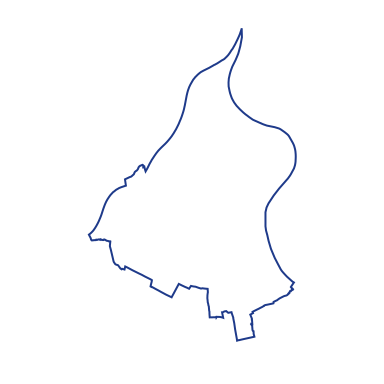 outline of Lingewaard, Gelderland, Netherlands, rotated 261°
{"feature_id": "6326949B2884966550009", "entity_name": "Lingewaard", "entity_type": "district", "adm_level": 2, "iso_a3": "NLD", "parent_name": "Netherlands", "parent_adm1": "Gelderland", "projection": "equal_earth", "projection_center": [5.93, 51.907], "detail": "fine", "context": "isolated", "style": "outline", "palette": "blue", "viewbox_px": 384, "rotation_deg": 261, "n_neighbors": 0, "source": "geoboundaries", "source_scale": "gbopen_adm2", "svg_char_len": 5607}
<svg xmlns="http://www.w3.org/2000/svg" viewBox="0 0 384 384"><g transform="rotate(261 192 192)"><path d="M104.8,136.8L105.0,136.9L101.6,141.3L99.8,143.7L97.9,146.1L97.0,147.3L94.7,150.3L91.2,155.4L91.5,155.6L94.6,158.0L103.3,164.6L101.3,167.4L99.2,170.5L98.5,171.7L96.9,174.0L99.4,176.3L99.1,177.0L98.9,177.5L98.5,178.6L97.9,180.7L96.4,183.4L95.3,185.6L95.3,185.8L95.2,186.2L95.3,187.1L94.5,189.9L94.4,190.3L93.9,192.3L90.5,192.0L90.3,191.9L89.0,191.5L87.6,191.1L86.5,190.9L86.0,190.8L85.0,190.6L84.1,190.5L83.1,190.5L80.5,190.3L80.0,190.4L79.0,190.5L77.4,190.5L76.4,190.7L73.6,190.5L72.1,190.4L71.1,190.5L69.0,190.2L65.6,189.9L65.4,189.9L64.6,195.9L64.7,196.1L64.4,196.2L64.6,196.2L64.6,196.5L64.3,196.5L64.5,196.7L64.8,196.7L64.6,198.0L64.5,198.6L64.4,199.1L64.3,199.8L63.8,201.2L63.3,202.4L62.9,203.1L68.3,202.9L68.2,203.2L68.6,204.0L69.0,205.5L69.0,207.2L67.1,208.8L67.0,209.0L67.1,211.2L67.1,212.2L66.0,212.3L61.5,213.1L60.7,213.0L55.9,213.2L49.5,213.1L40.0,213.3L38.1,213.3L38.4,215.2L38.3,215.4L38.5,217.9L38.7,221.0L39.3,231.0L39.6,231.0L40.9,230.8L42.2,230.7L44.9,231.0L45.3,230.4L46.0,230.2L46.7,230.2L50.4,230.5L52.0,229.8L52.1,230.1L52.4,230.1L52.1,230.9L55.6,231.2L57.0,231.3L57.0,231.2L57.5,231.3L58.2,231.2L58.4,231.2L58.6,231.1L61.8,230.4L62.8,233.3L64.1,233.0L64.5,234.0L65.8,238.1L66.3,239.8L66.8,241.2L67.6,243.7L68.2,245.0L68.2,245.4L68.3,245.5L68.5,245.5L68.8,246.4L68.9,247.0L68.9,247.7L68.9,247.9L68.9,248.3L69.2,254.0L69.3,255.0L69.8,255.2L70.7,255.4L71.5,258.0L71.8,259.2L72.1,259.6L73.0,261.4L73.3,262.1L74.2,264.8L74.7,266.4L74.9,267.5L74.9,267.8L75.0,268.9L75.1,269.3L75.3,269.8L75.5,270.2L75.7,270.5L75.7,270.4L76.8,271.5L77.9,272.8L78.0,272.8L78.6,273.2L78.8,273.4L78.5,274.0L78.8,274.4L79.4,274.9L79.7,275.1L80.5,275.4L80.5,275.5L80.5,275.8L80.4,275.9L80.3,276.0L79.8,276.3L80.1,276.6L81.0,276.0L82.0,275.2L82.7,274.8L83.9,275.9L85.0,276.9L86.7,278.5L87.8,277.2L89.4,275.9L93.6,272.5L95.8,271.0L98.4,269.3L100.1,268.3L101.6,267.6L107.1,265.7L114.0,263.4L123.0,261.2L124.1,261.0L131.7,260.0L137.9,259.6L142.4,259.1L146.6,259.2L160.5,261.4L165.0,263.2L168.8,265.8L175.8,272.2L181.8,278.6L188.9,287.1L190.2,288.7L191.5,290.0L192.8,291.3L194.2,292.5L196.3,294.1L199.3,296.4L202.3,297.9L204.3,298.6L206.1,299.1L207.2,299.3L208.6,299.6L210.7,300.0L213.0,300.3L215.8,300.5L217.8,300.5L219.9,300.3L221.5,300.1L222.5,299.9L224.6,299.3L231.5,296.7L232.0,296.5L233.4,295.7L234.5,294.8L236.7,292.8L239.9,289.5L240.7,288.5L241.2,287.7L241.4,287.3L243.1,283.8L245.9,276.3L246.5,275.2L247.4,273.5L248.1,272.3L252.5,265.5L253.7,263.7L254.1,263.2L257.1,260.1L258.7,258.6L260.3,257.0L262.6,255.0L266.1,252.3L270.2,249.5L273.9,247.6L277.2,246.4L278.5,246.0L280.5,245.6L283.4,245.1L285.8,244.9L290.5,244.7L294.4,245.2L298.2,246.1L302.3,247.7L304.3,248.6L306.3,249.6L309.5,251.4L315.4,255.6L318.1,257.3L321.2,259.2L323.3,260.2L328.5,262.5L337.0,265.5L343.1,266.3L344.6,266.5L345.9,266.8L344.7,266.2L340.5,264.0L338.4,262.7L335.7,260.9L331.0,257.6L327.1,254.5L326.0,253.3L323.5,251.1L321.6,249.2L320.9,248.3L320.4,247.7L318.5,245.0L318.3,244.7L317.7,243.2L317.2,241.7L316.7,240.7L315.0,236.8L314.6,235.6L314.3,234.9L314.0,233.7L313.2,231.7L313.0,231.1L312.0,228.5L310.1,222.4L309.1,219.6L308.3,218.1L307.0,216.0L305.3,213.7L304.9,213.1L304.3,212.5L303.4,211.5L302.8,210.8L301.7,209.9L299.6,208.2L298.2,207.1L296.0,205.6L294.2,204.6L292.9,203.9L291.6,203.3L290.7,202.9L288.3,201.9L278.8,198.5L276.8,197.7L275.0,197.0L273.0,196.1L270.2,194.7L268.1,193.6L266.0,192.4L264.1,191.2L261.3,189.5L259.3,188.1L257.5,186.8L256.4,186.0L254.5,184.4L252.8,183.0L251.1,181.4L250.3,180.7L248.8,179.1L247.0,177.1L245.4,175.2L243.8,173.1L241.1,169.2L239.8,167.4L238.1,165.2L235.9,162.8L233.4,160.4L231.4,158.6L230.0,157.3L228.3,156.0L226.7,154.7L222.2,151.5L219.6,149.4L221.5,149.1L222.7,149.0L223.0,149.0L224.3,148.9L224.0,148.5L223.9,148.1L223.9,147.7L225.2,147.9L226.0,147.8L226.3,147.7L226.5,147.6L226.6,147.4L226.3,146.1L226.1,145.6L226.1,145.1L225.9,144.8L225.7,144.2L225.4,143.9L225.2,143.6L224.6,143.0L223.4,142.4L222.3,141.4L221.9,140.9L221.7,140.5L221.6,140.2L221.4,139.8L221.2,139.4L220.9,138.9L220.7,138.7L220.4,138.4L219.2,137.7L218.7,137.4L218.3,136.9L217.8,136.0L217.3,135.3L216.7,134.3L216.7,134.1L216.4,132.5L216.2,131.9L215.0,127.8L208.6,127.7L208.4,126.4L207.8,122.8L207.6,121.9L207.3,120.6L206.8,119.4L206.1,117.5L205.6,116.6L204.8,115.3L204.3,114.2L203.7,113.4L201.7,110.9L200.1,109.3L197.9,107.3L195.7,105.6L193.7,104.3L192.2,103.4L189.3,101.8L183.6,98.9L181.5,97.7L178.1,95.6L176.2,94.3L173.7,92.4L171.9,90.9L170.2,89.3L169.6,88.7L168.8,87.8L167.6,86.2L166.9,85.1L166.0,83.5L162.4,84.7L161.5,84.8L160.7,84.9L159.9,85.4L159.9,85.9L159.8,86.0L159.8,87.1L159.7,87.3L159.7,88.3L159.6,88.9L159.5,89.4L159.9,89.9L159.6,90.2L159.5,90.6L159.6,91.2L159.8,91.9L159.8,92.1L159.6,93.1L159.4,93.2L159.3,93.4L159.4,93.8L159.4,94.0L159.0,94.4L159.0,94.5L158.9,94.6L159.0,94.8L159.3,94.8L158.6,96.1L158.4,96.7L158.4,96.9L158.4,97.1L158.5,97.3L158.6,97.5L158.9,97.8L158.3,98.9L158.1,98.9L158.0,99.0L157.5,99.8L157.2,100.1L157.0,100.7L156.8,101.4L156.2,102.2L156.2,103.3L156.0,103.6L151.8,102.5L151.2,102.4L147.7,102.8L135.7,103.7L135.3,103.8L134.9,103.9L134.5,104.1L132.8,104.9L132.7,105.0L132.4,105.3L131.6,106.7L131.6,106.9L131.4,107.2L131.2,107.5L130.9,107.7L130.3,108.0L128.1,109.1L127.7,109.3L127.8,109.3L127.6,109.4L126.7,110.4L126.9,110.6L127.0,110.7L127.1,110.9L127.0,111.2L126.8,111.6L126.0,113.2L128.9,114.4L127.5,116.4L124.0,121.0L119.6,127.2L118.1,129.4L115.8,132.4L112.1,137.6L111.2,138.6L109.6,138.1L106.6,136.8L105.2,136.3L104.8,136.8Z" fill="none" stroke="#1e3a8a" stroke-width="2"/></g></svg>